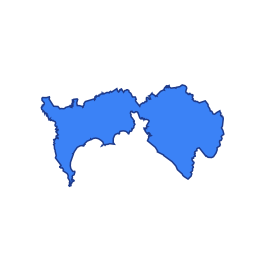 Cirebon, Jawa Barat, Indonesia (orthographic projection), rotated 141°
{"feature_id": "22746128B77544549346240", "entity_name": "Cirebon", "entity_type": "district", "adm_level": 2, "iso_a3": "IDN", "parent_name": "Indonesia", "parent_adm1": "Jawa Barat", "projection": "orthographic", "projection_center": [108.584, -6.761], "detail": "fine", "context": "isolated", "style": "filled", "palette": "blue", "viewbox_px": 256, "rotation_deg": 141, "n_neighbors": 0, "source": "geoboundaries", "source_scale": "gbopen_adm2", "svg_char_len": 5942}
<svg xmlns="http://www.w3.org/2000/svg" viewBox="0 0 256 256"><g transform="rotate(141 128 128)"><path d="M206.1,127.0L206.5,123.4L206.8,123.4L207.1,122.5L207.8,122.5L208.2,122.0L208.0,121.7L208.5,121.2L210.2,120.5L210.1,119.6L209.3,119.6L208.9,119.1L208.2,119.4L207.8,120.4L206.1,120.7L205.9,121.3L203.1,120.9L203.0,121.8L203.8,122.8L204.4,123.0L204.2,123.6L202.6,124.1L202.1,125.3L201.0,125.9L199.3,125.6L197.0,127.2L196.7,127.9L198.3,129.0L198.0,132.5L196.6,135.0L194.2,137.6L186.9,142.1L186.9,142.7L186.5,142.5L184.3,143.5L179.7,144.9L176.5,144.3L174.1,142.9L174.2,142.2L173.4,142.0L173.3,142.7L171.8,142.4L171.8,143.1L168.0,143.5L164.4,142.4L163.9,142.9L163.8,142.1L161.7,141.8L159.4,140.5L157.7,138.3L156.8,135.7L156.3,133.0L157.3,130.4L156.7,129.8L156.7,129.0L155.7,129.2L153.8,127.9L152.1,127.4L148.8,124.0L148.6,126.1L145.9,129.2L143.3,130.6L141.9,131.0L139.2,130.2L138.7,129.0L138.0,129.1L137.6,129.8L136.2,130.4L133.5,128.8L131.8,126.9L131.2,124.5L131.4,123.5L131.1,123.0L128.6,124.4L127.7,123.5L126.9,123.5L125.8,124.1L125.9,124.5L125.2,125.0L125.1,124.8L124.9,124.5L123.3,124.6L122.1,125.9L120.2,126.6L120.3,127.6L119.6,129.3L119.2,129.0L118.7,129.5L118.4,133.4L118.6,134.2L118.0,135.9L117.3,136.3L116.9,138.0L115.4,139.1L114.8,138.8L114.3,138.3L114.6,137.7L114.1,136.6L113.1,135.8L111.8,135.9L110.8,135.0L110.9,133.9L110.6,133.7L112.5,128.4L112.4,127.7L111.8,127.3L112.2,127.0L111.9,126.7L111.1,127.2L110.9,126.6L110.3,126.6L110.7,125.4L109.7,125.0L110.2,124.4L109.7,124.5L109.9,124.1L108.3,123.2L107.3,121.7L107.1,120.3L107.4,119.9L112.2,118.1L112.5,117.5L112.0,116.7L112.9,117.0L114.1,116.7L114.1,116.3L115.3,117.5L115.3,116.8L116.1,117.1L116.3,115.9L115.9,115.4L116.6,114.7L116.7,111.0L115.2,110.6L115.2,111.5L114.7,111.3L114.5,109.9L115.2,109.6L114.7,107.5L116.0,108.0L116.4,109.0L117.2,108.7L117.6,107.7L120.9,105.8L118.9,95.8L119.5,91.5L120.2,91.0L117.3,84.7L117.6,84.2L114.9,74.1L114.7,68.3L115.8,64.5L114.8,58.2L115.2,56.6L114.9,54.8L113.5,50.5L109.3,50.9L107.2,52.3L107.2,54.1L105.6,54.0L104.4,54.5L103.3,56.1L102.1,56.2L101.6,57.1L101.5,58.7L99.4,58.9L98.3,59.8L98.7,61.4L98.3,62.0L98.4,62.7L97.2,64.2L96.1,63.3L95.5,64.1L94.2,64.2L93.5,63.8L92.9,64.8L92.9,65.8L91.9,65.9L91.9,66.8L91.3,66.9L91.0,67.5L89.6,67.4L88.7,67.0L88.0,68.3L86.9,68.5L85.1,67.8L85.2,57.1L84.6,57.0L84.5,55.5L84.1,54.7L81.6,52.4L79.6,51.9L75.3,53.2L72.5,54.9L71.1,56.7L68.0,56.3L67.6,56.8L66.9,56.8L65.7,59.6L64.8,60.3L65.2,60.4L65.3,60.4L64.4,60.4L63.7,59.8L62.9,59.9L61.4,60.8L61.0,62.6L59.4,63.0L57.9,62.7L57.4,62.9L55.8,66.4L55.3,69.3L53.5,70.0L48.2,75.2L47.3,76.8L48.0,77.9L47.4,78.5L47.9,78.7L48.1,79.5L46.4,81.1L46.4,82.4L45.8,83.6L49.3,84.2L52.0,84.2L53.0,85.3L52.4,88.1L52.7,88.9L53.3,89.3L52.3,91.9L52.1,94.4L51.0,96.0L50.9,100.5L56.8,102.7L57.6,105.1L58.6,105.8L58.6,106.5L59.4,106.8L59.8,107.9L59.5,108.5L60.0,109.6L58.9,109.9L59.0,110.8L58.4,111.8L57.3,112.0L56.8,113.0L57.0,113.4L57.5,113.4L58.0,114.9L58.5,115.6L58.2,115.9L58.6,116.3L59.4,115.6L60.0,116.1L60.1,118.2L60.6,118.8L60.0,120.2L57.4,121.9L56.8,123.1L57.1,125.1L58.8,127.4L59.5,127.2L59.9,127.5L61.7,127.5L65.0,129.3L65.7,128.8L66.4,130.0L69.5,131.9L70.1,133.6L69.3,135.2L70.2,135.4L70.8,134.8L70.7,135.8L71.3,136.5L72.2,136.5L72.3,136.1L72.6,136.1L72.4,135.4L72.8,135.8L72.9,135.4L73.2,135.7L72.9,136.3L74.5,136.1L75.6,135.5L75.9,134.6L76.3,135.2L79.7,136.0L85.4,135.2L85.5,134.8L85.8,135.4L86.6,135.2L87.1,138.0L87.8,139.0L87.4,140.0L90.3,139.4L91.6,139.8L91.4,139.0L92.2,136.3L93.4,136.9L93.3,139.2L94.4,140.0L95.7,138.8L95.6,138.0L96.3,137.6L96.3,137.1L96.9,136.8L97.6,137.2L97.9,137.8L99.5,137.4L100.5,137.7L100.6,138.2L101.4,138.3L103.7,138.5L105.2,137.5L105.2,144.0L104.4,145.2L103.6,145.1L102.8,147.5L105.0,149.3L104.0,153.1L104.5,155.4L103.8,156.7L104.4,158.1L104.9,158.5L105.7,158.5L106.9,159.1L109.0,158.5L108.5,162.5L109.8,162.8L109.6,162.1L110.1,162.5L110.7,162.3L111.8,162.5L112.0,161.9L112.7,161.9L112.8,163.5L111.9,165.6L118.0,166.2L118.4,166.4L118.4,167.4L120.0,167.6L120.4,167.2L122.0,168.9L125.3,169.7L125.3,170.5L126.1,170.5L126.0,171.5L126.7,170.9L128.5,171.7L129.3,171.3L130.0,171.8L130.5,171.3L130.6,171.9L131.4,171.7L132.4,172.5L132.4,173.1L133.1,173.0L133.4,172.4L133.6,172.9L134.1,173.0L135.3,171.8L135.3,171.1L136.4,170.8L136.2,172.0L144.5,175.4L146.9,174.7L147.5,173.6L149.0,173.3L149.5,172.5L150.2,172.5L149.9,173.3L150.4,174.1L151.7,176.0L153.3,177.3L152.1,179.8L149.1,181.9L149.2,182.6L152.2,184.5L153.4,184.7L153.1,183.9L153.5,182.9L154.3,183.7L154.9,183.0L154.5,182.9L154.4,182.4L155.1,182.4L155.4,181.9L156.1,182.3L156.5,182.0L157.1,181.2L156.2,181.1L156.2,180.7L157.2,180.2L157.1,179.8L158.3,179.9L158.7,179.3L159.5,180.4L158.2,181.0L158.8,181.3L158.8,181.9L159.8,181.7L163.7,183.3L164.7,183.0L165.8,183.4L167.8,185.3L168.9,185.8L168.9,188.8L172.1,191.7L171.1,200.1L169.7,201.2L169.5,201.7L172.4,203.0L175.3,205.5L176.2,205.2L177.4,203.6L177.2,200.4L177.9,199.4L178.8,199.0L179.2,199.4L180.0,198.8L180.3,199.4L180.7,199.0L181.2,199.0L181.5,198.4L182.1,198.6L182.5,198.4L183.3,196.7L183.0,195.0L183.8,194.3L182.8,193.7L183.7,191.4L182.8,192.0L182.0,190.2L182.3,190.0L182.7,190.4L182.5,188.7L183.4,188.9L183.6,188.5L183.1,188.1L183.2,186.8L184.2,184.2L182.8,184.2L183.6,183.7L183.6,182.9L183.3,182.5L182.4,182.5L182.1,181.2L181.4,180.9L181.3,180.0L180.6,178.7L181.1,177.3L182.7,176.4L183.2,175.6L183.2,175.0L182.3,174.2L182.6,173.4L185.1,172.5L184.7,171.4L183.3,171.2L183.3,170.8L184.2,170.2L185.8,170.7L186.4,170.4L186.2,168.6L186.7,167.5L186.6,166.6L188.8,167.0L189.3,166.5L188.5,164.7L188.9,163.9L190.3,165.5L190.8,165.5L191.8,164.8L192.7,165.7L193.1,165.7L193.6,164.0L194.8,163.3L194.8,162.0L196.2,162.0L196.4,160.6L198.2,158.1L198.5,156.7L199.2,155.8L201.2,151.6L203.2,150.5L203.5,141.2L203.8,140.8L205.3,141.0L205.7,140.5L205.3,139.7L205.3,139.1L204.1,138.3L204.3,136.4L205.4,135.5L203.9,130.8L204.5,128.5L206.1,127.0ZM158.2,131.1L159.6,130.6L158.9,130.4L158.2,131.1Z" fill="#3b82f6" stroke="#1e3a8a" stroke-width="1.5"/></g></svg>